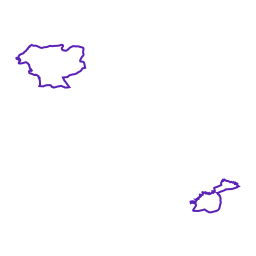 the district of Zoquiapan, Puebla, Mexico, rotated 85°
{"feature_id": "50627088B37911705580944", "entity_name": "Zoquiapan", "entity_type": "district", "adm_level": 2, "iso_a3": "MEX", "parent_name": "Mexico", "parent_adm1": "Puebla", "projection": "equal_earth", "projection_center": [-97.554, 20.058], "detail": "fine", "context": "isolated", "style": "outline", "palette": "violet", "viewbox_px": 256, "rotation_deg": 85, "n_neighbors": 0, "source": "geoboundaries", "source_scale": "gbopen_adm2", "svg_char_len": 5391}
<svg xmlns="http://www.w3.org/2000/svg" viewBox="0 0 256 256"><g transform="rotate(85 128 128)"><path d="M41.8,174.8L41.7,175.3L41.7,175.8L41.9,176.5L42.2,176.9L42.6,178.3L43.0,178.9L43.5,179.6L44.3,180.6L45.1,181.7L45.4,182.5L45.6,182.9L45.6,183.4L45.3,184.4L44.9,185.8L44.6,186.2L43.8,187.0L43.5,187.1L43.0,187.0L42.7,187.0L42.4,186.9L41.8,186.3L41.1,185.8L40.8,185.6L40.3,185.5L40.0,185.6L39.7,186.0L39.4,186.6L39.4,187.5L39.6,188.3L39.9,189.4L39.9,190.3L39.9,190.9L40.0,191.8L39.8,193.7L39.9,195.6L39.9,196.4L39.4,197.9L39.4,198.7L39.5,199.3L39.8,200.0L40.1,200.9L40.3,202.7L40.3,203.6L40.3,204.6L40.5,205.7L40.7,206.6L40.7,207.2L40.2,208.5L39.5,209.6L39.0,210.5L38.5,211.5L38.0,212.5L37.9,213.4L37.9,214.1L37.8,214.9L37.3,216.0L36.8,216.7L37.1,217.1L37.5,217.9L37.6,218.3L37.9,218.7L38.0,218.8L38.1,219.1L38.6,219.5L38.7,219.4L38.8,219.6L39.0,219.7L39.1,220.0L39.6,220.5L39.9,220.7L40.0,220.9L40.3,220.9L40.6,221.1L40.7,221.4L41.1,221.9L41.5,222.4L41.8,222.5L42.3,223.0L42.5,223.2L42.7,223.4L42.8,223.7L42.9,223.9L42.9,224.1L43.1,224.5L43.3,224.7L43.9,225.1L44.1,225.3L44.4,225.8L44.6,226.0L44.7,226.7L44.9,227.2L45.0,227.7L45.0,228.0L45.5,228.8L45.5,229.1L45.6,229.4L46.1,229.9L46.7,230.5L47.1,230.7L47.4,230.8L47.6,230.7L47.9,230.8L48.2,231.1L48.4,231.5L48.5,231.9L48.4,232.7L48.6,233.1L49.3,233.0L49.4,232.8L49.6,232.4L49.8,232.1L49.7,231.2L49.6,230.8L49.5,230.5L49.5,230.2L49.8,229.9L50.1,229.7L50.8,229.4L50.9,229.5L51.4,230.1L51.5,230.3L51.7,230.1L51.8,229.8L52.0,229.9L52.0,230.0L52.5,230.3L52.7,230.6L53.0,230.7L53.3,231.1L53.7,231.2L54.0,231.1L54.2,230.6L54.4,230.0L54.3,228.6L54.3,227.6L54.0,226.2L53.8,225.3L53.6,224.2L53.6,223.9L53.8,223.5L54.0,223.1L54.4,222.9L54.7,222.5L54.9,222.3L55.1,222.0L55.2,221.8L55.4,221.7L55.7,221.6L56.3,221.3L56.5,221.0L57.0,221.1L57.5,221.0L58.8,220.7L59.4,220.6L59.8,220.5L60.2,220.4L60.5,220.1L60.8,219.7L61.1,219.5L61.3,219.4L61.7,219.3L61.8,219.3L61.9,219.1L62.1,218.9L62.3,218.8L62.6,219.1L62.8,219.4L62.7,219.5L62.3,219.6L62.2,219.7L62.1,220.0L62.2,220.8L62.3,221.1L62.8,221.4L62.9,221.6L63.2,221.7L63.4,221.6L63.7,221.5L64.1,221.6L64.4,221.6L64.7,221.4L64.9,221.0L65.1,220.7L65.6,219.3L66.1,218.3L66.4,217.8L67.0,216.8L67.1,216.4L67.1,216.0L66.9,215.8L66.8,215.6L67.0,215.2L67.1,214.8L67.1,214.5L67.5,214.0L68.0,213.6L68.1,213.3L68.5,212.7L68.8,212.7L69.1,212.6L69.5,212.6L69.8,212.6L69.9,212.1L70.0,211.8L70.2,211.7L70.9,211.7L71.0,211.9L71.2,212.1L71.6,211.9L72.6,211.7L74.4,211.7L75.7,211.8L76.7,211.7L77.0,211.9L77.6,212.0L78.0,212.3L78.5,212.6L78.7,211.7L78.8,210.9L79.1,209.2L79.1,208.6L78.5,206.7L78.3,205.8L78.3,205.0L78.4,203.3L78.5,202.3L78.8,201.2L79.5,200.7L80.0,200.6L80.3,200.5L80.4,200.1L80.5,199.7L80.5,199.4L80.9,199.3L81.1,199.0L81.2,198.4L81.2,198.0L80.8,195.6L80.6,194.9L80.4,193.3L80.5,193.0L80.5,192.6L80.3,192.1L80.3,191.0L80.3,190.7L80.5,190.3L80.8,189.9L81.0,189.6L81.1,189.4L81.3,188.7L81.5,188.4L81.6,188.1L81.8,187.8L82.0,187.6L82.2,187.2L82.3,185.9L82.3,185.3L82.4,185.0L82.4,184.5L82.2,183.4L82.2,182.9L77.2,185.9L74.9,187.4L72.0,188.4L72.0,183.8L70.7,182.2L70.3,181.3L69.9,179.0L69.8,178.1L69.9,177.4L69.5,175.8L69.1,174.2L68.4,173.3L67.6,171.3L66.9,170.0L66.1,169.3L64.7,168.2L64.5,167.6L64.5,166.6L64.3,165.4L63.6,165.5L63.0,165.7L62.0,165.7L61.4,165.7L60.8,165.8L60.0,165.9L59.3,166.0L58.5,166.5L58.1,167.0L57.9,167.9L57.8,168.8L57.5,169.7L56.9,169.8L55.9,169.5L54.8,168.8L53.9,168.2L53.2,167.7L52.2,166.6L51.7,166.2L51.2,165.9L50.4,165.9L49.0,166.2L48.4,166.0L47.7,166.0L45.7,165.5L45.0,165.4L44.5,165.5L44.2,165.8L43.8,166.4L43.1,168.6L42.9,169.2L42.5,169.7L42.4,170.1L42.3,170.9L42.2,171.8L42.2,172.7L41.8,174.8ZM204.7,65.7L204.8,64.8L205.1,65.0L205.4,65.3L205.3,66.5L205.8,65.9L206.7,66.5L207.1,66.7L207.7,67.0L207.1,67.9L206.6,70.0L206.6,71.0L206.8,72.1L207.5,72.1L208.3,71.9L208.0,71.4L208.1,70.3L208.6,68.6L209.0,67.7L209.3,67.3L209.8,67.3L210.6,67.0L211.0,67.0L211.5,67.2L212.0,67.6L212.8,68.2L214.9,69.9L215.6,70.3L216.1,70.1L216.3,69.5L216.4,68.7L216.8,65.0L216.2,60.5L215.8,58.8L218.0,56.2L218.4,55.4L218.9,54.8L219.2,53.8L219.2,52.3L218.8,50.2L218.4,47.6L218.2,46.8L217.9,46.0L217.3,45.1L216.5,44.3L215.4,43.8L212.0,42.7L210.8,42.1L207.8,42.2L207.2,42.0L206.5,41.9L203.9,42.3L203.5,42.8L203.1,42.7L202.7,43.0L202.2,43.4L202.0,43.8L201.7,44.2L201.1,44.1L200.5,44.7L200.5,44.3L200.1,43.1L199.7,41.9L198.3,36.8L198.1,36.7L197.9,36.4L197.6,35.6L197.7,34.9L197.7,34.2L197.8,31.6L197.8,29.6L197.1,26.5L196.6,24.4L195.8,24.4L195.7,22.9L194.9,23.6L194.0,24.1L193.1,24.4L193.2,25.8L193.2,26.4L192.6,26.6L192.3,25.2L192.0,25.8L191.6,26.0L191.8,27.3L191.5,27.5L191.2,27.6L191.5,28.6L190.7,29.6L190.9,31.0L190.5,31.2L189.4,33.3L189.3,34.6L189.0,34.8L187.7,36.7L188.3,37.9L188.7,37.1L189.0,37.7L188.1,38.1L188.6,38.6L188.7,38.8L190.7,39.9L192.5,40.2L192.9,40.0L193.0,40.0L193.4,41.3L193.8,42.5L194.2,43.7L194.5,45.0L194.8,46.2L195.2,47.4L198.2,47.0L199.0,47.1L199.6,48.2L198.5,48.3L198.4,49.5L200.0,49.3L200.0,50.4L200.6,51.8L200.8,51.8L201.0,52.9L200.5,53.1L199.9,53.1L200.3,54.2L199.9,54.3L200.1,55.5L199.6,55.5L199.7,56.3L198.8,56.4L198.9,56.8L198.9,57.3L199.2,57.9L198.5,58.8L198.4,59.4L198.5,59.5L199.9,59.0L200.4,59.2L201.1,59.5L201.0,60.1L201.0,60.5L201.5,61.5L201.4,61.6L200.7,62.1L200.9,62.3L201.4,62.1L202.3,61.3L203.0,62.2L202.9,62.7L203.0,62.8L203.3,63.3L203.5,64.0L204.4,63.7L204.6,63.7L204.8,63.8L204.8,64.2L204.6,65.6L204.7,65.7Z" fill="none" stroke="#5b21b6" stroke-width="2"/></g></svg>